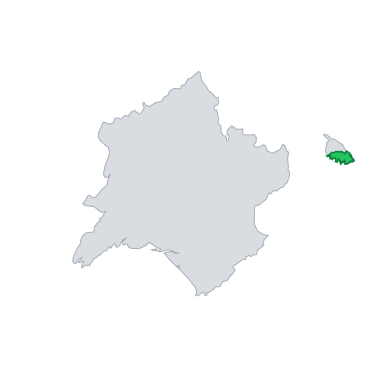 Corse-du-Sud on a map of France (Equal Earth projection), rotated 306°
{"feature_id": "FRA-5281", "entity_name": "Corse-du-Sud", "entity_type": "Metropolitan department", "adm_level": 1, "iso_a3": "FRA", "parent_name": "France", "parent_adm1": "", "projection": "equal_earth", "projection_center": [8.909, 41.876], "detail": "fine", "context": "in_parent", "style": "filled", "palette": "green", "viewbox_px": 384, "rotation_deg": 306, "n_neighbors": 0, "source": "natural_earth", "source_scale": "10m", "svg_char_len": 6750}
<svg xmlns="http://www.w3.org/2000/svg" viewBox="0 0 384 384"><g transform="rotate(306 192 192)"><path d="M283.9,157.6L281.8,158.7L280.4,160.8L279.0,161.3L276.5,161.3L275.4,160.0L272.4,160.8L271.1,162.2L272.9,163.8L266.9,170.6L263.1,172.4L262.2,176.9L257.7,180.2L255.9,183.8L255.8,184.5L256.9,185.6L256.4,187.9L254.1,189.4L254.1,190.9L254.7,191.1L258.2,189.9L259.5,188.5L258.9,186.7L262.4,184.4L268.6,185.0L269.3,188.0L268.5,190.6L272.9,196.1L269.0,198.7L268.7,200.5L272.7,206.1L275.2,208.4L273.8,212.2L269.5,214.6L266.8,214.4L265.6,215.0L265.7,216.2L267.5,219.7L272.1,221.9L272.8,224.5L271.5,225.4L269.3,229.4L270.2,231.3L269.9,232.2L270.3,233.5L271.5,234.8L277.9,238.2L283.7,237.6L284.4,239.5L280.8,244.7L281.0,247.0L279.2,247.1L278.9,247.9L275.3,249.6L269.4,254.9L266.7,256.4L265.6,259.1L264.0,260.6L255.6,263.6L254.0,262.9L249.9,263.0L247.4,261.1L242.6,259.9L241.1,257.1L236.5,256.6L236.3,254.7L229.9,256.4L221.0,253.9L217.9,251.2L215.3,251.9L212.9,254.3L203.1,260.7L199.1,267.4L199.6,275.2L201.7,279.1L195.8,278.5L192.3,279.6L191.3,281.3L183.0,279.3L179.8,280.9L179.0,280.8L178.0,279.2L173.9,277.3L174.6,276.0L174.1,274.9L170.3,274.0L168.9,275.1L167.5,272.8L156.9,269.3L155.1,269.3L154.3,272.8L147.4,272.8L146.4,272.1L141.9,272.8L137.3,269.6L132.0,270.2L128.9,266.8L125.7,266.6L121.4,264.9L119.4,263.9L119.2,262.9L117.8,264.5L116.2,264.1L115.8,263.7L117.0,261.8L117.3,259.6L111.9,258.0L110.5,256.4L110.5,255.6L113.5,254.9L116.4,251.9L119.5,241.0L122.1,228.2L123.6,225.8L125.3,225.1L124.0,223.4L122.2,225.7L123.9,214.0L126.3,205.3L130.8,208.9L131.7,210.4L132.8,215.6L135.3,217.8L133.7,215.7L132.4,208.8L131.5,206.8L124.5,201.1L124.3,199.8L127.5,200.4L126.4,196.1L126.2,187.2L121.8,186.3L115.0,182.4L110.5,175.6L110.1,173.1L111.6,170.4L110.6,168.7L108.6,167.5L110.3,165.2L111.8,164.9L116.8,166.3L112.8,164.1L106.0,164.8L103.3,164.1L103.0,162.5L104.9,160.4L102.8,159.1L98.9,159.4L98.5,158.9L99.7,157.4L98.8,156.9L95.6,157.4L93.8,157.0L92.3,155.3L87.2,154.9L86.2,154.0L79.3,152.0L72.0,152.4L70.2,149.0L65.9,147.4L66.9,146.4L71.4,145.4L72.3,144.5L69.2,143.1L68.2,141.7L74.1,141.4L71.6,140.0L65.8,140.1L65.2,138.1L66.1,136.1L69.6,134.3L78.1,132.3L84.2,132.2L88.6,129.9L92.9,129.3L96.9,130.4L101.9,136.1L106.5,133.6L112.9,133.7L114.2,135.1L116.1,132.5L117.4,134.0L125.3,133.5L123.6,132.5L122.2,130.1L122.5,121.1L118.9,114.7L118.1,112.3L118.4,110.4L123.1,110.7L127.1,109.8L128.9,110.4L129.1,114.6L130.6,117.0L141.4,117.7L147.6,119.0L153.0,116.7L158.0,115.6L158.4,115.1L155.5,115.3L153.0,114.3L152.7,113.2L154.2,109.9L161.9,106.4L173.1,103.4L176.0,101.4L179.4,97.7L178.7,96.8L179.7,87.0L181.5,83.8L185.7,81.4L196.4,79.1L197.6,82.2L197.5,84.0L200.2,86.7L201.6,87.6L206.2,86.1L208.4,88.6L208.9,91.5L214.5,92.7L216.0,96.5L217.1,95.7L220.6,95.9L222.2,96.2L224.4,97.9L223.7,100.1L224.6,101.2L223.6,103.3L224.2,104.2L230.7,104.2L232.7,103.3L233.6,101.2L235.6,99.9L236.3,100.3L235.0,104.2L235.8,105.2L236.2,108.0L238.7,108.3L243.4,110.5L247.3,114.2L252.3,113.6L256.1,115.7L260.2,114.6L263.9,115.8L265.3,116.8L268.7,122.1L271.5,121.0L273.4,121.6L274.0,123.2L281.3,122.3L282.6,123.7L284.1,124.3L293.3,126.3L293.4,128.3L288.0,133.9L285.6,142.0L284.0,144.8L283.4,146.9L283.9,148.3L283.6,150.5L282.4,155.8L283.0,157.3L283.9,157.6ZM317.5,270.0L317.0,273.6L318.3,276.1L318.8,286.3L316.1,291.3L315.6,297.3L312.1,304.4L306.7,301.2L305.1,299.5L306.5,296.7L303.4,295.3L304.2,292.6L303.8,291.3L301.6,291.2L301.5,290.5L303.1,288.4L303.1,287.2L301.0,285.6L300.6,284.2L302.6,282.6L301.7,281.2L300.6,280.8L303.3,276.2L305.2,274.8L309.4,273.5L311.2,271.8L313.9,272.7L314.4,272.3L315.3,265.0L316.3,264.9L317.1,265.8L317.5,270.0ZM125.1,196.6L124.3,198.7L121.7,195.2L121.5,193.2L125.1,196.6Z" fill="#d9dde1" stroke="#a8b0b8" stroke-width="1"/><path d="M316.0,292.9L315.9,293.2L316.1,294.8L316.1,296.6L315.9,296.8L315.7,296.9L315.5,297.2L315.4,297.4L315.7,297.4L315.7,297.8L315.6,298.1L315.4,298.2L315.2,298.2L315.0,298.4L315.1,298.7L314.8,298.6L314.5,298.5L314.3,298.5L314.1,298.6L314.1,298.8L313.9,299.0L314.1,299.4L314.7,299.1L315.0,299.1L315.2,299.3L315.1,299.7L315.0,299.9L314.7,300.1L314.4,300.2L314.2,300.3L314.1,300.6L313.9,300.8L313.6,300.9L313.6,301.1L313.6,301.4L313.6,301.6L313.8,301.6L313.8,301.8L313.7,302.0L313.7,302.4L313.4,302.5L312.9,302.8L312.6,302.9L312.6,303.1L312.8,303.4L312.7,303.6L312.6,303.9L312.8,303.8L313.1,303.5L313.3,303.4L313.2,303.8L313.1,304.2L312.9,304.5L312.5,304.9L312.2,304.8L311.8,304.4L311.5,304.3L310.9,304.2L310.4,304.0L310.6,303.4L310.9,303.2L310.6,303.0L310.1,302.8L309.9,302.6L310.1,302.2L309.9,302.1L309.4,302.6L309.2,302.4L309.3,302.3L309.4,302.2L309.2,302.3L308.8,302.2L308.7,302.0L308.2,301.9L307.7,301.8L307.4,301.9L307.2,301.8L307.1,301.6L306.9,301.5L306.5,301.4L306.4,301.3L306.4,301.2L306.1,301.0L305.8,301.0L305.7,300.9L305.9,300.7L305.7,300.5L305.5,300.4L305.4,300.4L305.1,300.3L304.9,300.2L304.9,299.7L304.5,299.4L304.6,299.1L304.8,298.6L305.0,298.2L305.3,298.4L306.3,298.0L306.4,297.8L306.5,297.5L306.7,297.3L307.0,297.2L307.2,296.9L306.8,296.9L305.6,296.5L305.2,296.5L304.7,296.5L304.5,296.2L304.6,295.7L304.2,295.7L303.4,296.0L303.0,296.1L303.1,295.7L302.9,295.8L302.7,295.7L302.2,295.6L302.5,295.4L303.0,295.4L303.2,295.2L303.4,295.0L303.5,294.8L303.4,294.5L303.2,294.4L303.2,294.2L303.7,294.2L304.0,294.1L304.6,293.7L304.4,293.4L304.2,293.3L304.0,293.2L304.6,293.0L304.8,292.9L304.7,292.9L304.7,292.7L304.7,292.2L304.8,292.2L305.0,291.9L305.0,291.7L304.8,291.6L304.7,291.4L304.6,291.2L304.3,291.1L303.9,291.1L303.3,291.5L302.9,291.6L302.1,291.6L301.8,291.7L301.5,291.9L301.4,291.6L301.6,291.2L301.5,290.8L301.0,290.2L301.9,290.2L302.2,290.0L302.5,289.6L302.3,289.4L302.4,289.1L302.8,288.9L303.2,288.7L303.3,288.7L303.8,288.4L303.9,288.1L303.5,287.7L303.2,287.1L303.1,286.8L302.9,286.8L302.4,286.9L302.2,286.8L302.1,286.5L301.8,286.3L301.3,286.2L301.0,286.3L301.1,286.0L301.1,285.9L300.8,285.8L300.7,285.7L300.5,285.8L300.7,285.7L300.8,285.6L301.1,285.4L300.6,285.3L300.6,285.1L300.8,285.0L300.9,284.8L300.8,284.5L300.6,284.4L300.7,284.2L300.3,283.9L300.2,283.9L300.3,283.6L300.5,283.6L301.0,283.6L301.3,283.4L302.2,283.2L302.4,283.1L302.6,282.9L302.8,282.9L302.9,282.7L302.6,282.5L302.6,282.4L301.9,282.1L301.8,281.9L301.7,281.8L301.4,282.0L301.3,281.9L301.2,281.7L301.3,281.6L301.9,281.3L301.5,281.0L301.1,281.0L300.3,281.3L300.5,281.1L300.4,280.9L300.3,280.6L300.3,280.4L300.3,280.1L300.5,280.3L301.0,280.4L301.7,280.4L303.3,281.2L305.3,281.7L306.0,281.6L306.4,282.7L306.5,283.0L308.5,284.3L308.9,284.5L309.3,284.5L309.5,284.7L309.7,285.5L309.8,285.7L311.0,287.1L311.2,287.6L311.3,288.3L311.5,288.7L311.8,288.9L312.7,288.8L312.7,289.1L312.7,290.5L313.1,291.3L313.2,291.7L313.1,292.2L312.8,293.0L314.2,293.5L314.4,293.5L315.2,292.9L315.7,292.8L316.0,292.9Z" fill="#22c55e" stroke="#15803d" stroke-width="1.5"/></g></svg>